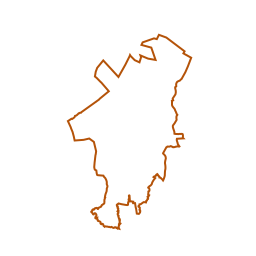 Coatepec Harinas, México, Mexico (Mercator projection), rotated 29°
{"feature_id": "50627088B96947768971669", "entity_name": "Coatepec Harinas", "entity_type": "district", "adm_level": 2, "iso_a3": "MEX", "parent_name": "Mexico", "parent_adm1": "México", "projection": "mercator", "projection_center": [-99.782, 18.94], "detail": "fine", "context": "isolated", "style": "outline", "palette": "amber", "viewbox_px": 256, "rotation_deg": 29, "n_neighbors": 0, "source": "geoboundaries", "source_scale": "gbopen_adm2", "svg_char_len": 5922}
<svg xmlns="http://www.w3.org/2000/svg" viewBox="0 0 256 256"><g transform="rotate(29 128 128)"><path d="M136.7,217.6L136.8,217.6L136.7,218.0L136.8,218.3L136.4,218.9L136.5,219.2L138.2,219.7L139.3,220.4L139.6,220.4L139.9,220.2L139.9,219.6L140.0,219.1L140.3,218.6L140.7,218.5L141.1,218.5L142.2,219.0L142.7,219.6L142.8,219.9L142.9,220.1L142.7,221.2L142.8,221.8L142.9,222.3L143.2,222.7L143.8,222.7L144.2,222.5L144.3,221.7L144.6,221.4L144.9,222.3L145.1,222.6L145.6,222.6L145.8,222.7L146.0,222.9L146.0,223.2L146.5,223.7L146.9,223.8L148.4,223.4L149.1,223.5L149.5,223.6L149.8,223.9L150.2,224.8L150.6,225.0L150.9,225.1L151.4,225.0L151.5,224.6L151.8,224.3L152.4,224.2L152.8,224.2L153.1,224.4L153.8,225.2L154.2,225.5L154.7,225.5L155.0,225.4L155.4,225.7L155.9,225.0L156.1,224.9L157.3,224.5L157.8,224.2L158.9,224.0L159.4,223.6L159.8,223.6L161.0,223.2L161.2,222.8L161.5,222.5L163.6,222.5L164.3,221.9L164.4,221.4L165.3,220.8L165.6,220.7L166.3,221.1L166.7,221.0L167.1,220.9L167.6,221.0L167.7,220.6L168.1,220.4L168.8,220.5L169.2,220.4L168.5,219.8L167.6,219.5L167.6,219.0L167.5,218.7L167.4,218.0L167.6,217.7L166.9,216.9L166.7,216.5L167.5,216.0L167.7,215.4L167.7,215.2L167.2,215.2L166.3,214.6L166.0,213.5L165.5,213.3L165.3,213.0L165.5,212.8L165.6,212.5L165.5,212.3L164.6,211.5L164.3,211.4L164.0,211.6L162.7,210.3L162.4,210.1L162.3,209.8L162.4,209.4L162.2,209.2L161.9,209.1L161.6,209.1L161.2,208.9L161.1,208.7L160.9,208.6L160.6,208.1L160.5,207.6L160.8,207.0L160.7,206.7L160.3,206.2L159.2,206.0L159.2,205.8L160.0,205.3L159.9,205.0L159.1,204.7L158.8,203.5L158.1,203.4L157.7,203.0L157.9,202.7L157.5,202.2L157.3,201.8L157.0,201.7L156.5,201.8L155.5,200.8L155.5,200.4L155.7,200.0L156.1,199.7L156.0,199.3L156.3,198.6L159.5,197.7L163.5,196.3L164.7,195.8L165.2,195.1L164.2,193.0L164.1,191.4L163.1,190.1L163.1,188.5L162.3,187.9L161.6,186.7L161.7,186.4L161.9,186.3L162.1,186.4L165.3,191.3L166.3,190.6L168.3,189.9L168.4,190.2L168.6,190.4L168.5,190.7L168.5,191.0L168.9,191.3L170.6,190.3L172.6,192.9L173.5,194.0L174.1,194.5L177.2,198.6L178.6,198.1L179.0,197.9L179.3,197.6L179.3,196.6L179.5,196.1L179.2,195.1L179.0,194.9L178.8,194.4L178.6,194.3L178.3,194.5L178.2,194.4L178.1,193.9L177.7,193.8L177.7,193.5L177.0,192.0L176.2,191.6L175.5,191.8L175.3,191.7L175.0,191.1L175.2,190.5L175.3,190.0L175.3,189.5L175.1,189.2L176.1,188.4L177.3,185.8L177.8,185.1L179.8,184.4L179.6,183.8L179.4,183.4L179.3,183.0L179.3,182.8L179.7,182.3L179.6,181.8L179.6,181.5L179.5,180.6L179.8,180.4L179.6,180.0L179.6,179.7L179.2,179.5L179.1,179.1L179.1,178.9L179.1,178.7L178.6,178.6L179.1,177.3L179.1,176.8L179.1,176.7L178.7,176.8L178.5,176.5L178.0,176.6L177.9,176.4L177.6,175.8L177.3,174.8L176.7,173.9L176.6,173.6L177.0,173.0L177.1,172.5L177.0,172.2L176.8,171.7L176.3,171.0L175.9,170.6L175.3,170.5L174.6,170.4L174.5,170.2L175.0,168.4L175.6,167.5L176.0,165.8L175.6,163.8L175.6,162.4L175.7,160.6L176.1,158.6L174.9,158.4L174.1,158.5L174.1,158.2L175.2,156.7L175.7,155.8L175.6,155.4L175.4,155.2L175.9,154.1L176.6,154.3L176.8,154.4L177.2,154.9L178.2,155.0L178.5,155.4L179.2,155.5L179.4,155.8L179.6,155.6L179.8,155.7L180.0,155.9L180.3,155.9L181.1,155.8L181.4,156.0L182.8,156.3L184.1,156.9L184.1,156.3L183.7,153.6L183.3,151.9L181.5,148.3L180.9,146.8L180.6,145.7L179.7,144.0L178.7,142.5L177.3,140.7L176.6,139.0L175.8,136.2L174.8,134.9L174.0,134.3L172.6,133.7L171.6,133.5L170.9,133.1L170.9,126.3L171.2,126.0L171.3,125.4L171.5,125.1L173.1,124.3L173.5,124.0L174.0,123.3L174.2,123.1L175.2,123.0L176.4,123.0L176.5,122.8L177.3,122.7L178.6,121.5L179.0,121.0L179.5,120.7L180.2,120.1L180.4,119.7L180.7,119.6L181.6,119.6L181.8,119.4L181.9,119.2L180.3,118.4L179.2,117.8L178.7,117.1L176.8,115.3L176.2,114.4L176.0,113.7L181.5,110.2L180.9,110.0L180.5,109.7L180.1,108.6L179.6,107.8L179.2,107.3L178.8,106.9L178.3,106.9L178.0,107.0L177.5,107.3L176.9,107.7L175.6,108.4L175.1,108.9L174.5,109.1L174.2,109.3L172.6,110.1L171.8,110.4L171.4,110.5L170.5,109.0L169.9,108.4L167.6,106.3L166.7,105.3L166.2,104.4L166.1,103.9L166.5,101.0L166.5,99.6L166.6,97.6L166.5,97.2L165.4,95.7L165.2,95.2L164.7,94.2L164.8,92.6L164.2,92.4L162.9,91.4L162.5,91.0L160.8,89.8L159.9,89.0L159.2,88.6L156.7,87.6L155.8,87.0L155.3,86.5L153.7,83.6L153.2,82.9L154.1,81.9L153.7,81.5L152.9,80.8L152.8,80.3L153.1,76.6L153.2,75.7L153.1,75.3L152.6,73.8L151.8,72.4L151.2,71.7L149.8,70.1L149.5,69.3L150.0,68.3L150.0,68.1L149.1,66.8L148.7,65.8L148.6,65.2L148.6,64.1L148.8,63.5L149.2,62.8L150.4,61.3L150.7,59.9L151.1,59.2L151.1,51.3L150.5,45.0L149.2,35.9L140.3,35.9L140.3,33.5L117.7,30.3L109.9,31.5L110.1,36.3L107.3,37.0L99.3,46.0L99.5,48.8L109.4,46.4L119.1,55.1L111.9,57.6L103.7,58.5L105.1,59.7L106.2,65.0L101.0,65.4L95.5,63.8L94.4,63.2L94.6,64.5L95.0,73.9L94.9,88.0L73.6,80.9L71.9,90.3L72.5,94.4L74.1,99.0L76.4,99.4L82.0,101.1L82.4,101.1L92.7,104.9L93.4,105.2L89.0,116.3L88.9,117.1L79.5,136.9L79.5,137.4L78.3,138.3L78.2,138.6L77.8,139.0L77.9,139.3L77.6,139.7L77.1,141.3L76.7,142.2L75.8,143.1L76.0,144.2L75.9,144.8L74.8,147.2L74.4,147.3L74.1,147.3L72.1,151.1L77.3,154.9L78.3,155.8L78.5,156.0L81.4,158.3L84.7,161.7L87.4,164.8L94.9,159.9L99.2,156.0L104.9,156.7L111.4,163.8L112.5,166.6L112.7,167.5L115.1,173.3L115.4,174.1L117.2,178.1L117.5,178.7L118.6,180.0L119.2,180.5L120.9,180.5L122.5,182.7L123.6,183.9L123.9,184.0L124.5,183.9L129.6,181.6L130.6,182.3L131.7,182.6L132.5,182.9L134.0,183.9L135.3,185.1L136.1,186.3L136.2,186.7L136.4,186.9L136.8,187.6L138.0,188.5L138.5,189.4L138.8,191.3L139.4,192.4L140.0,193.9L140.4,196.7L141.0,198.8L141.3,199.4L141.6,199.6L141.8,199.8L141.6,200.4L142.0,201.0L142.2,202.4L143.0,203.6L143.1,204.1L143.5,204.7L143.7,205.1L143.7,205.4L143.7,205.8L143.0,207.1L142.9,207.6L142.6,207.9L142.5,208.1L142.4,208.8L142.6,209.3L142.6,209.8L141.7,211.1L141.1,211.8L141.0,213.4L140.7,213.5L140.5,213.4L140.3,213.0L140.1,212.9L139.4,213.0L138.2,214.0L137.9,214.5L138.0,215.4L137.9,215.6L137.8,215.8L137.5,215.9L137.0,215.9L136.9,216.0L136.9,216.3L136.6,216.8L136.5,217.1L136.7,217.6Z" fill="none" stroke="#b45309" stroke-width="2"/></g></svg>